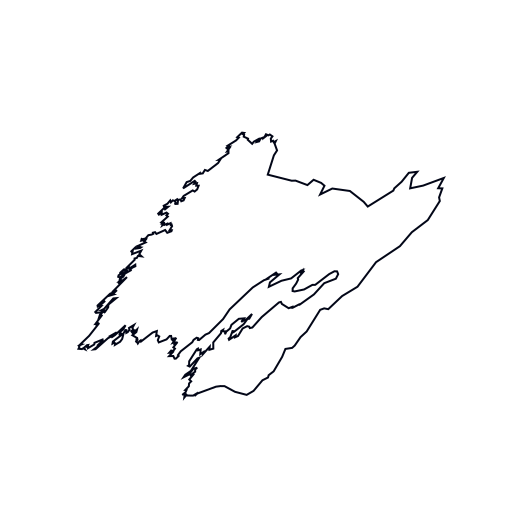 Fræna nor, Møre og Romsdal, Norway (Equal Earth projection), rotated 325°
{"feature_id": "86288312B12375056094040", "entity_name": "Fræna nor", "entity_type": "district", "adm_level": 2, "iso_a3": "NOR", "parent_name": "Norway", "parent_adm1": "Møre og Romsdal", "projection": "equal_earth", "projection_center": [7.135, 62.879], "detail": "fine", "context": "isolated", "style": "outline", "palette": "ink", "viewbox_px": 512, "rotation_deg": 325, "n_neighbors": 0, "source": "geoboundaries", "source_scale": "gbopen_adm2", "svg_char_len": 6109}
<svg xmlns="http://www.w3.org/2000/svg" viewBox="0 0 512 512"><g transform="rotate(325 256 256)"><path d="M338.1,167.4L337.0,164.4L335.4,164.3L334.0,162.0L331.6,163.2L334.1,163.5L329.8,163.7L330.3,163.2L327.1,162.4L324.3,163.9L322.2,163.1L326.7,161.8L319.8,161.1L317.2,161.9L315.9,156.0L316.8,155.3L314.4,151.2L315.8,149.9L315.2,148.8L316.9,148.4L315.3,146.9L308.8,147.9L309.7,149.2L305.9,149.9L296.2,149.4L296.7,150.1L292.9,150.6L296.4,151.6L293.5,152.3L295.2,152.7L292.3,153.8L293.6,154.3L292.4,156.0L280.6,155.8L281.9,156.6L278.3,158.1L265.3,158.7L263.5,156.2L259.8,157.8L257.2,156.5L257.6,155.9L249.6,155.6L245.2,156.8L241.6,155.7L235.1,158.8L248.9,159.3L249.1,160.5L246.8,161.4L249.4,162.5L247.4,164.1L249.3,165.5L246.0,167.7L242.7,168.0L241.8,166.0L231.2,165.3L228.5,166.3L230.8,167.6L228.6,168.9L226.2,168.3L226.6,166.4L224.4,165.3L221.7,168.3L219.1,166.7L220.8,166.8L220.9,164.5L225.0,164.3L220.8,164.2L219.8,162.7L217.1,163.2L217.6,161.3L213.4,162.4L209.2,161.9L208.9,163.1L212.3,165.3L208.2,165.6L208.1,164.0L200.2,165.2L200.2,166.4L203.6,166.5L202.4,168.1L207.6,169.1L208.1,170.9L205.9,171.3L206.4,173.1L198.0,174.1L199.2,175.4L197.3,175.6L198.0,176.5L196.9,177.2L199.3,177.2L199.0,178.0L201.8,178.6L201.2,179.4L204.9,180.1L204.0,181.6L204.9,181.8L204.4,183.4L200.1,185.3L201.8,186.6L200.9,187.2L196.6,186.1L196.5,182.6L187.1,180.8L187.0,178.6L184.9,177.8L184.5,178.9L182.8,178.6L179.8,177.2L175.6,178.3L172.6,177.1L171.7,175.6L172.2,176.7L170.8,177.6L174.9,179.4L172.8,180.1L173.4,181.6L163.2,179.6L165.3,180.4L165.8,181.3L164.9,181.3L166.7,183.0L165.9,183.0L161.6,180.9L161.9,179.8L155.7,180.8L157.8,181.2L155.6,183.4L165.1,185.8L161.4,187.6L162.1,190.7L159.3,188.2L157.3,189.2L155.1,188.4L154.4,189.5L142.3,191.6L145.5,192.7L145.0,193.6L152.1,193.9L151.3,195.2L149.6,194.9L150.1,194.2L145.1,195.1L145.1,195.9L138.9,195.3L138.7,194.5L142.9,193.6L139.1,193.4L142.0,192.7L140.2,191.2L135.2,191.8L134.4,192.8L138.2,193.2L132.4,193.0L131.2,194.0L132.1,195.3L135.9,195.7L135.4,195.0L137.4,193.7L137.1,194.5L138.3,194.5L137.8,195.6L135.5,196.8L131.3,196.7L130.5,197.5L132.6,197.9L128.9,198.4L129.8,199.0L127.3,199.7L138.2,199.3L118.2,203.0L118.3,204.3L122.5,204.2L116.7,205.2L117.2,205.8L114.2,204.8L117.5,203.8L114.9,203.2L97.8,205.7L97.5,206.4L101.2,206.0L106.7,206.2L98.8,207.2L100.5,208.3L92.2,209.7L92.3,210.8L96.6,213.2L99.5,212.5L98.6,211.8L101.2,212.2L114.8,208.9L117.4,210.4L105.3,211.3L104.1,212.0L106.6,211.9L105.4,213.3L100.1,215.2L98.8,215.3L101.3,213.8L94.6,214.5L92.2,216.3L96.4,216.0L85.7,219.5L87.0,220.1L84.9,220.8L89.1,221.0L73.5,225.7L61.4,227.6L62.3,228.4L59.3,227.8L59.2,229.2L57.4,230.2L60.0,232.4L62.4,232.5L62.0,233.7L62.4,234.4L62.6,232.5L66.4,232.1L67.2,232.5L64.5,233.5L66.7,233.6L65.6,235.1L72.7,235.7L73.9,234.5L82.4,236.4L82.0,237.3L75.4,238.3L75.8,239.2L69.6,239.5L71.1,240.3L87.6,238.4L93.1,239.1L91.7,238.0L98.1,238.6L90.6,239.8L95.2,239.9L109.4,237.9L105.1,240.0L100.5,240.2L101.0,241.8L99.3,241.8L98.6,243.6L89.7,244.0L88.2,245.5L91.2,245.9L89.9,246.1L90.6,247.0L89.6,247.9L95.5,248.3L98.8,247.2L101.7,244.7L99.6,243.2L102.5,243.6L106.6,241.8L107.3,242.4L105.7,244.6L107.2,244.8L110.1,243.8L110.7,242.1L116.5,242.5L113.5,244.0L113.2,246.0L112.3,246.0L113.7,247.1L110.7,246.7L110.8,248.8L116.5,247.9L114.3,249.7L109.3,250.0L111.4,254.6L110.4,255.7L111.3,255.7L110.9,256.6L108.0,257.5L109.3,257.7L109.0,259.9L111.5,259.0L113.2,259.0L112.8,260.1L127.4,259.4L131.7,260.6L128.3,264.2L129.8,264.6L130.6,266.4L127.3,268.6L126.8,271.0L134.9,273.0L139.5,272.0L140.6,272.8L139.3,275.7L142.3,276.7L138.5,277.4L143.8,277.3L138.2,279.4L139.9,279.8L138.9,280.9L142.3,281.5L135.9,283.4L136.5,285.4L133.6,286.3L132.3,284.8L129.4,285.5L132.0,287.2L127.4,288.2L130.9,290.5L130.4,293.4L131.5,294.1L135.3,293.5L135.2,292.4L139.7,290.9L154.3,290.1L156.8,288.9L160.5,288.9L161.5,290.2L160.3,291.4L161.1,292.2L169.5,291.4L173.3,292.2L192.8,288.8L203.8,284.6L235.3,279.9L248.7,280.4L254.1,282.0L252.6,280.9L262.9,281.1L263.0,282.0L260.7,282.2L264.7,284.5L252.3,285.6L248.9,288.6L262.7,290.9L271.9,294.5L284.8,293.8L286.1,294.3L283.0,295.1L283.1,296.1L286.2,294.7L285.6,296.0L287.2,295.8L277.5,298.1L277.0,299.5L273.1,301.6L267.5,303.5L265.9,305.7L267.3,307.2L276.2,311.0L285.6,312.0L288.0,313.6L305.6,312.8L311.5,313.5L313.6,315.1L312.9,318.0L308.4,320.4L296.3,317.4L281.4,320.7L263.0,320.9L264.5,320.5L256.2,319.4L255.6,318.9L256.3,318.4L252.8,317.5L249.7,310.1L250.1,307.9L248.2,307.2L225.7,309.3L212.0,312.5L209.6,311.5L209.9,310.0L208.5,308.4L203.5,307.7L195.4,311.2L192.3,310.6L193.7,309.3L185.9,309.2L186.2,308.0L188.4,307.7L193.7,304.0L194.4,304.6L193.6,305.4L194.6,305.5L206.7,304.8L212.9,302.7L214.5,303.5L219.5,301.2L212.3,302.3L206.2,301.5L210.4,300.2L205.9,297.6L196.4,298.3L193.2,300.5L188.2,300.9L185.8,302.4L187.5,300.0L185.4,298.5L186.6,297.6L184.5,297.5L183.0,299.2L171.4,302.3L167.9,307.4L164.1,306.1L166.1,303.7L156.2,306.0L157.7,304.5L154.0,304.5L157.1,300.8L154.5,300.0L155.3,298.6L154.0,298.5L140.9,303.9L138.6,307.0L137.4,307.0L138.3,308.6L149.4,306.3L151.2,306.8L136.7,312.8L130.0,312.7L127.1,313.8L132.6,314.6L140.0,312.5L143.8,313.8L141.3,314.0L139.8,315.6L140.6,315.8L133.1,316.1L137.8,316.9L130.5,318.9L131.0,321.5L128.1,322.0L126.2,324.2L121.2,325.2L122.1,326.0L120.1,327.2L115.9,327.5L119.1,327.9L119.4,329.4L117.3,329.5L116.1,330.8L118.6,330.1L124.4,334.3L127.2,334.5L125.3,335.4L129.0,335.0L148.3,340.1L152.3,342.2L155.6,344.6L160.9,355.2L168.7,364.4L176.6,365.1L190.0,361.5L196.2,362.4L198.0,360.9L204.3,360.6L219.6,353.6L226.8,349.0L232.9,352.0L236.3,351.6L246.0,348.0L254.2,346.9L277.7,336.9L281.8,338.0L284.7,341.0L303.6,338.2L321.5,339.4L350.8,329.9L379.5,330.5L397.3,325.9L417.3,325.1L438.1,316.4L439.6,313.0L447.4,307.5L444.1,305.0L454.6,299.8L433.3,294.2L421.1,289.0L428.7,281.5L436.4,279.5L428.9,275.5L417.9,278.7L408.1,279.9L406.0,281.2L375.9,279.6L375.3,273.4L370.2,256.6L357.2,244.5L343.8,242.4L352.4,237.7L351.3,233.5L346.9,226.6L338.8,227.4L331.6,216.9L328.4,214.8L312.3,196.1L328.4,183.8L333.8,181.6L335.7,174.6L338.2,173.2L335.8,172.9L336.1,171.4L334.0,170.9L335.5,168.3L338.1,167.4Z" fill="none" stroke="#020617" stroke-width="2"/></g></svg>